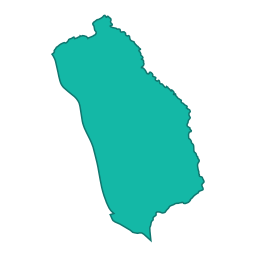 Cornu, Prahova, Romania (Robinson projection)
{"feature_id": "2599482B24728633009802", "entity_name": "Cornu", "entity_type": "district", "adm_level": 2, "iso_a3": "ROU", "parent_name": "Romania", "parent_adm1": "Prahova", "projection": "robinson", "projection_center": [25.708, 45.167], "detail": "fine", "context": "isolated", "style": "filled", "palette": "teal", "viewbox_px": 256, "rotation_deg": 0, "n_neighbors": 0, "source": "geoboundaries", "source_scale": "gbopen_adm2", "svg_char_len": 5619}
<svg xmlns="http://www.w3.org/2000/svg" viewBox="0 0 256 256"><path d="M189.7,110.0L188.5,109.2L187.8,109.0L187.4,108.4L186.5,107.9L187.1,106.7L186.9,106.1L186.1,105.6L185.2,105.2L184.8,104.9L183.1,103.3L181.9,102.8L181.6,102.6L181.1,101.8L181.2,101.3L181.3,100.6L181.2,100.2L180.1,99.6L179.0,98.8L177.9,98.2L176.7,96.6L175.5,95.3L175.5,94.9L175.6,94.7L175.6,94.2L175.3,93.9L175.0,94.0L174.3,94.5L174.0,94.6L173.6,94.4L173.5,94.2L173.6,93.9L174.1,93.3L174.0,92.4L173.4,91.4L172.7,90.8L172.5,90.5L172.1,90.2L171.6,90.0L171.4,90.6L171.3,90.9L171.1,90.9L170.8,90.8L169.9,89.5L168.2,88.1L167.8,87.3L167.2,86.9L166.8,86.7L166.6,86.5L166.4,86.9L166.2,87.4L165.6,87.5L165.1,87.3L164.2,86.5L162.7,84.6L162.2,84.2L161.9,83.9L160.9,83.9L160.3,83.7L159.9,83.2L159.8,82.6L159.6,82.3L159.5,81.4L159.2,80.7L158.7,80.3L158.1,80.5L157.8,81.0L157.6,81.1L157.2,81.2L156.3,80.7L155.5,80.1L155.3,79.6L155.2,79.0L155.5,78.5L155.8,78.1L155.8,77.8L155.7,77.5L155.0,77.1L153.1,76.5L152.8,76.3L152.7,76.1L152.8,75.1L152.7,74.6L152.2,73.6L151.0,72.5L150.5,72.2L149.6,72.3L149.4,72.5L149.3,73.2L149.2,73.4L148.7,73.8L148.4,73.9L148.1,73.9L147.4,73.7L147.1,73.6L146.8,73.1L145.8,71.3L145.5,70.6L144.0,68.8L143.4,68.3L142.9,67.9L141.5,67.7L141.5,67.4L141.7,67.1L143.0,66.0L143.5,65.3L143.8,64.7L143.9,63.4L143.5,62.6L143.6,61.5L143.4,60.4L143.1,60.1L141.7,59.3L141.5,59.1L142.0,58.7L142.6,58.3L142.9,57.7L142.8,57.3L142.5,56.8L140.8,55.0L140.7,54.8L140.8,53.8L140.3,52.6L140.1,52.2L139.3,51.3L138.9,50.7L138.9,50.3L139.0,50.2L139.7,49.7L140.4,49.5L140.4,49.3L140.4,49.0L139.5,48.3L138.5,47.3L138.2,46.8L137.7,46.3L136.9,45.9L136.2,45.0L135.5,44.4L134.4,42.9L134.0,41.8L131.6,40.9L131.1,40.6L130.6,40.1L130.0,39.2L129.8,38.2L129.6,37.3L129.5,36.4L128.9,35.8L128.4,35.6L127.6,36.0L127.3,36.0L126.3,35.5L125.9,35.2L125.7,35.0L125.6,34.6L125.5,33.1L124.2,31.9L123.9,31.8L122.3,31.9L121.6,32.1L121.2,32.0L120.7,31.8L120.5,31.5L120.2,29.9L120.0,29.6L119.7,29.2L118.5,29.0L118.1,29.1L117.4,29.2L117.2,29.2L116.5,28.5L115.6,28.2L112.7,27.6L110.8,26.8L110.4,26.5L110.2,26.0L110.3,25.8L110.6,25.6L112.0,25.2L112.3,24.9L112.2,24.4L111.9,23.8L110.9,22.9L110.6,22.3L110.5,21.7L110.9,20.6L111.0,19.9L110.9,19.3L110.8,18.8L110.4,18.3L109.3,17.6L108.5,16.7L107.9,16.3L107.6,16.3L107.2,16.4L106.8,17.2L106.5,17.3L106.3,17.3L105.6,16.5L104.9,15.4L104.4,15.4L103.9,15.6L103.0,16.6L102.7,17.0L101.5,17.9L98.7,19.4L97.1,19.7L94.1,22.0L93.9,22.0L93.5,22.7L92.9,23.2L92.8,23.6L92.9,24.4L93.0,24.7L94.0,26.2L94.6,29.7L94.9,30.4L96.0,31.8L96.1,32.3L96.2,32.8L96.1,33.7L95.7,33.9L95.0,34.9L93.7,35.5L92.8,36.2L88.3,38.0L88.0,38.3L87.9,37.9L87.3,37.5L86.8,37.0L86.1,36.4L84.7,36.1L84.1,35.8L83.0,35.7L82.7,35.6L82.0,35.9L80.7,36.2L80.1,35.8L79.9,36.5L79.7,36.8L78.6,37.0L76.8,38.1L76.1,38.1L74.8,38.7L74.2,37.8L73.9,37.1L73.3,37.3L71.7,38.3L70.8,38.7L70.1,38.8L68.8,39.5L68.6,39.8L68.4,40.5L68.1,40.9L66.9,42.3L66.0,42.9L65.7,43.1L64.3,42.6L64.0,42.7L62.8,43.1L60.7,44.1L59.2,45.2L58.1,46.2L56.4,47.3L56.2,47.6L56.1,48.0L55.6,48.6L55.3,49.2L54.7,49.8L54.2,50.7L54.1,51.0L54.4,51.7L54.4,52.0L53.5,53.1L52.0,54.2L53.1,55.8L54.0,57.5L55.0,59.6L55.6,61.6L57.0,67.8L58.0,72.2L58.8,76.2L59.9,80.6L60.7,83.0L61.5,84.7L62.8,86.6L63.8,87.7L68.3,91.6L73.6,95.9L74.4,96.5L75.7,97.9L76.4,98.6L78.0,100.9L79.0,102.7L79.2,103.4L79.8,105.5L80.2,107.6L80.8,111.5L82.3,121.1L82.8,123.3L83.3,124.9L84.4,128.0L86.6,132.7L90.0,139.5L91.4,142.6L92.7,146.0L93.1,147.1L94.9,154.1L97.0,162.6L97.9,166.8L100.3,180.2L101.7,187.3L102.8,191.6L104.0,195.6L105.7,200.2L106.4,202.2L107.6,204.9L109.2,208.2L110.9,210.6L111.4,211.2L113.9,213.5L112.6,213.9L110.2,214.6L112.3,219.3L113.0,220.5L115.0,221.9L120.0,224.1L130.3,230.2L132.8,232.3L134.8,232.8L137.6,233.3L139.5,232.9L141.7,232.9L143.8,234.2L150.9,240.6L149.9,231.0L149.9,229.9L149.8,228.9L149.8,227.8L150.0,227.0L150.5,226.0L150.9,224.3L151.1,222.8L151.4,222.0L151.7,221.2L152.8,220.3L153.1,219.8L153.1,218.7L153.1,218.0L153.2,217.6L153.7,217.0L155.7,215.5L156.0,215.2L156.1,214.9L156.0,213.5L156.1,213.0L156.2,212.7L156.6,212.3L157.0,212.0L157.7,211.9L158.6,211.9L160.3,212.2L161.6,212.8L162.2,212.9L162.7,213.0L164.0,212.7L165.0,212.3L166.7,210.0L168.3,208.4L168.9,207.6L169.4,206.6L170.2,206.0L171.7,205.3L173.7,204.6L175.1,203.7L176.6,203.3L178.2,203.3L180.0,202.8L181.1,202.7L181.9,202.4L182.4,202.4L182.7,202.4L183.1,202.6L183.5,203.3L183.9,203.4L184.6,203.5L185.3,203.5L187.3,202.8L188.4,202.3L189.5,201.3L190.3,200.3L190.2,200.1L190.3,199.6L190.9,199.1L191.2,198.7L191.9,198.2L194.0,195.8L195.5,194.6L197.5,193.2L198.2,192.9L198.5,192.5L198.6,191.8L198.8,191.5L199.0,191.3L202.7,189.9L203.0,189.5L203.1,189.1L203.0,188.5L202.8,187.8L202.4,187.1L201.9,185.6L201.8,184.9L202.3,183.9L203.9,182.2L204.0,181.3L203.6,180.3L202.8,178.9L202.5,178.0L202.2,177.3L201.7,177.0L199.9,176.4L199.5,176.1L199.3,175.7L199.3,174.4L198.8,173.7L198.8,173.2L198.8,171.7L198.2,169.9L197.7,167.1L197.5,165.6L197.6,164.3L197.9,163.4L199.1,161.4L199.2,160.5L199.0,159.9L198.7,159.3L198.0,158.6L197.7,158.1L197.8,157.3L197.7,156.9L196.8,156.2L196.0,153.6L195.4,152.9L194.5,152.2L194.2,151.7L193.9,151.0L193.7,146.4L193.5,145.2L193.2,144.6L192.8,144.1L191.7,143.0L191.4,142.5L191.3,141.4L191.0,140.7L190.2,139.4L188.8,138.4L188.7,137.5L188.5,134.7L188.8,133.4L189.4,132.1L191.0,131.6L191.3,130.9L191.3,130.6L190.4,129.6L190.0,128.9L189.9,127.9L187.9,126.7L187.3,126.0L187.1,125.6L187.0,125.1L187.1,124.3L188.0,122.5L188.1,121.4L188.4,120.5L188.9,119.6L189.9,118.5L190.1,118.0L190.2,117.7L190.1,117.3L189.1,115.5L188.9,114.5L189.0,113.2L189.5,112.5L190.0,112.0L190.2,111.7L190.2,111.4L190.1,111.0L189.7,110.0Z" fill="#14b8a6" stroke="#0f766e" stroke-width="1.5"/></svg>